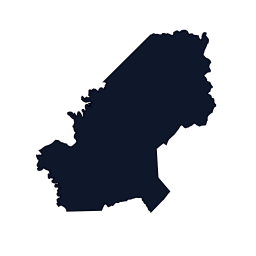 Moronou, N'zi-Comoé, Ivory Coast, rotated 348°
{"feature_id": "98640826B53162767921513", "entity_name": "Moronou", "entity_type": "district", "adm_level": 2, "iso_a3": "CIV", "parent_name": "Ivory Coast", "parent_adm1": "N'zi-Comoé", "projection": "natural_earth1", "projection_center": [-4.266, 6.594], "detail": "fine", "context": "isolated", "style": "filled", "palette": "ink", "viewbox_px": 256, "rotation_deg": 348, "n_neighbors": 0, "source": "geoboundaries", "source_scale": "gbopen_adm2", "svg_char_len": 5723}
<svg xmlns="http://www.w3.org/2000/svg" viewBox="0 0 256 256"><g transform="rotate(348 128 128)"><path d="M155.3,198.7L146.7,182.9L151.1,153.9L159.7,149.4L161.9,151.9L163.7,149.0L165.4,147.1L171.9,143.3L176.8,139.1L179.2,136.6L180.9,135.8L181.4,135.9L182.7,137.2L183.4,138.8L184.4,139.5L186.2,139.2L186.9,139.4L188.6,138.7L191.0,138.2L192.1,137.4L193.8,137.0L194.4,136.6L195.0,137.0L195.8,138.6L196.8,139.5L197.3,139.7L198.3,140.7L200.5,140.3L204.2,140.8L205.0,139.9L205.8,137.7L206.8,136.9L207.4,134.0L207.8,133.2L209.3,131.7L210.6,131.2L212.0,130.2L213.4,130.0L214.2,128.2L215.8,125.8L216.9,125.0L217.6,124.9L218.2,124.4L218.3,123.3L217.7,123.0L217.5,121.8L216.9,120.5L217.3,119.9L217.6,118.5L217.5,117.4L216.0,116.5L215.4,115.3L215.7,114.4L215.4,113.7L214.7,112.8L214.0,112.4L213.3,111.9L212.8,110.9L213.1,110.2L213.7,109.7L215.6,108.9L216.8,106.3L217.7,105.8L218.6,105.7L218.8,105.5L218.8,105.1L217.3,102.1L217.3,101.8L217.6,101.5L217.3,100.7L216.6,100.1L215.5,99.6L214.6,98.6L214.5,97.6L214.7,96.9L214.6,96.4L214.1,95.0L213.1,93.6L212.9,92.8L213.0,92.2L214.1,91.1L214.9,91.0L215.8,90.3L217.3,89.7L218.4,89.6L219.8,89.8L220.2,89.3L220.2,88.1L219.5,86.1L219.6,84.4L220.8,82.1L221.8,81.4L222.4,80.7L222.0,79.4L221.4,78.3L220.5,77.4L218.4,75.9L216.5,72.9L216.4,72.2L216.8,70.8L217.6,69.6L218.5,67.7L220.4,65.3L222.2,62.7L222.4,61.8L223.7,61.3L224.5,59.7L224.8,58.0L223.7,55.5L222.8,54.3L223.0,53.1L223.8,51.9L223.8,51.3L223.6,51.2L222.3,50.8L221.4,51.2L219.9,53.4L219.6,54.1L219.5,55.3L218.8,56.5L218.2,57.2L217.7,57.4L216.8,56.8L216.0,55.3L215.8,54.7L215.6,52.5L214.9,52.5L214.0,51.9L212.6,51.7L212.1,51.3L211.5,51.2L210.8,50.6L210.3,49.5L210.0,49.4L208.6,49.3L207.2,49.4L206.5,48.5L206.2,47.1L205.6,45.6L204.2,44.5L201.5,44.1L200.3,44.4L199.8,44.9L199.1,44.9L198.5,45.2L197.7,44.8L196.4,43.6L195.6,43.4L192.8,44.3L192.3,46.3L191.2,47.0L190.2,46.8L189.0,46.3L188.3,45.6L186.6,44.4L186.2,44.2L184.9,44.5L183.0,43.3L181.4,43.1L180.5,44.0L180.0,44.1L178.1,43.7L176.1,42.7L174.2,42.4L172.7,41.4L171.8,41.5L171.3,42.1L169.6,42.0L114.3,77.6L114.9,77.7L115.4,78.3L115.8,78.3L116.3,79.0L116.6,79.8L116.2,80.5L114.9,81.7L114.7,82.1L114.7,82.5L114.1,83.7L113.5,83.8L113.5,84.6L112.8,85.2L111.9,84.9L110.7,83.6L109.2,83.3L107.6,84.8L107.5,86.2L107.1,86.6L105.0,85.2L104.1,83.6L103.3,83.5L102.6,83.2L102.5,82.9L101.9,83.0L101.4,83.5L101.1,84.3L100.8,84.4L100.1,83.7L98.3,83.0L97.8,83.3L97.7,84.2L97.4,84.8L97.5,85.1L98.1,84.3L98.3,84.5L98.5,85.0L98.3,85.4L97.7,85.9L97.4,86.8L97.2,87.0L96.9,86.8L96.8,87.1L96.7,87.9L97.3,88.1L97.6,89.2L97.3,90.1L96.5,90.7L94.5,90.1L93.7,89.4L93.3,89.6L92.4,90.5L91.6,90.3L90.9,89.7L90.0,88.0L89.8,87.8L89.2,88.6L89.2,89.7L88.8,90.2L89.5,91.0L89.8,92.0L91.0,92.8L91.8,93.6L94.7,93.8L95.2,93.4L96.4,93.8L96.8,94.4L97.4,94.5L97.7,94.7L98.0,95.9L97.2,96.1L97.1,96.5L96.7,96.7L95.3,96.0L95.0,96.0L95.4,97.9L96.2,99.2L96.5,99.3L96.6,100.5L96.0,99.5L94.4,98.7L94.2,98.0L93.1,96.7L92.5,96.5L91.6,96.8L91.0,97.8L90.8,98.7L91.0,100.9L90.6,102.1L90.2,102.7L89.0,102.9L88.6,102.7L88.3,102.4L88.6,101.8L88.3,101.0L88.1,100.8L87.2,100.8L87.0,101.0L87.0,101.8L87.6,103.0L87.7,103.9L87.4,105.7L87.4,106.9L86.7,108.2L86.1,108.5L85.4,108.2L85.0,107.8L85.1,106.5L84.8,105.8L84.8,105.3L84.5,104.9L84.4,104.0L83.4,102.2L82.6,102.2L81.9,103.4L81.2,105.4L80.6,105.8L80.0,106.0L79.3,105.1L78.7,103.1L77.9,104.1L77.6,103.9L76.8,102.2L76.2,101.4L75.7,101.0L75.1,100.7L73.4,100.5L72.3,100.8L72.2,101.6L72.6,102.4L73.8,103.4L74.8,105.3L75.8,106.7L77.2,108.0L77.5,108.7L77.2,110.0L77.4,111.2L76.7,112.6L75.6,114.3L74.7,114.9L74.9,115.8L75.3,116.1L75.2,118.9L75.4,119.8L75.7,120.4L76.4,120.8L76.7,121.4L74.4,123.9L74.0,124.8L73.8,125.7L73.9,126.7L75.0,128.1L75.4,130.4L75.2,131.0L73.5,132.6L69.4,134.8L67.5,134.6L66.6,134.1L65.4,133.2L64.3,131.2L64.0,130.9L62.4,130.4L60.8,129.1L59.3,128.6L57.2,126.1L54.7,125.2L50.8,127.7L47.4,128.7L43.3,129.1L37.5,131.8L36.9,131.7L38.0,133.8L38.6,134.5L38.7,135.9L37.9,136.7L37.5,136.8L35.0,136.2L34.1,136.3L33.1,135.9L33.0,137.2L33.6,139.6L34.3,140.7L34.4,141.5L33.5,143.1L32.5,144.1L31.7,145.3L31.6,146.2L32.1,146.9L32.7,147.5L33.0,148.3L31.5,148.8L31.2,149.1L31.3,150.0L31.6,150.4L32.1,150.7L33.8,150.9L35.0,150.7L35.8,149.9L37.3,149.2L39.6,151.5L40.6,152.0L41.3,152.1L41.3,152.5L42.4,153.4L42.4,155.0L43.1,156.3L43.0,156.6L42.2,157.0L41.0,156.6L40.6,156.8L40.4,157.3L40.4,158.2L40.0,159.7L40.1,160.4L40.7,160.8L41.7,160.2L42.2,160.3L43.0,160.7L44.6,161.0L45.2,161.4L45.2,161.8L44.6,162.2L44.3,163.4L43.0,163.9L42.7,164.3L42.9,165.1L44.0,166.0L46.0,166.7L47.7,166.6L48.9,168.2L48.7,168.6L47.5,169.0L47.0,169.0L45.9,168.4L45.2,168.5L44.5,169.8L44.7,170.4L45.2,170.6L47.5,171.0L47.8,171.5L48.9,172.2L49.1,172.6L48.9,172.8L48.1,172.8L47.4,173.5L47.3,174.0L46.3,174.4L46.4,175.9L46.3,176.9L45.4,177.4L45.1,177.8L45.1,178.5L45.6,179.8L47.1,180.0L48.0,180.4L47.4,181.9L47.1,182.2L46.6,182.5L45.1,182.7L44.0,183.3L43.8,185.1L44.2,185.8L45.1,186.5L45.2,186.8L44.2,187.1L43.3,187.0L43.0,187.2L43.0,187.7L43.6,188.6L43.6,189.2L43.9,189.9L45.6,189.3L46.8,189.3L47.8,189.9L48.9,191.2L49.6,191.7L50.7,193.5L51.1,194.4L51.3,195.6L51.1,196.4L84.9,202.7L85.8,201.3L88.2,198.1L88.9,197.6L90.7,197.3L91.7,198.8L92.1,200.2L92.6,200.7L94.6,200.2L95.3,199.8L96.0,199.8L96.6,200.3L97.1,200.3L100.2,198.0L101.2,198.1L103.0,198.7L104.9,197.9L106.9,198.3L109.8,198.3L111.0,198.6L111.7,198.4L112.7,197.4L113.1,197.4L115.8,197.8L118.4,197.4L119.5,197.5L121.0,197.2L122.6,197.5L124.5,198.2L125.7,198.0L127.0,198.8L127.5,199.4L127.6,199.9L127.3,201.1L127.4,201.7L128.3,202.7L128.4,204.1L128.8,205.0L129.6,205.5L130.0,206.2L130.2,207.5L130.8,209.3L131.6,209.8L131.3,211.0L131.5,212.3L133.1,214.2L133.1,214.6L147.0,205.2L147.4,205.2L153.7,199.8L155.3,198.7Z" fill="#0f172a" stroke="#020617" stroke-width="1.5"/></g></svg>